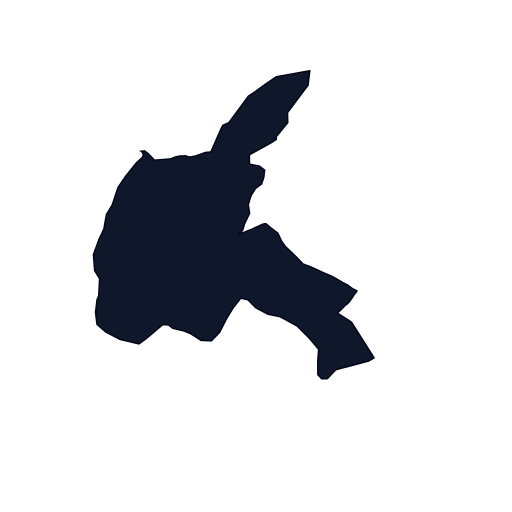 outline of Ejigbo, Osun, Nigeria, rotated 228°
{"feature_id": "59680162B4821538642969", "entity_name": "Ejigbo", "entity_type": "district", "adm_level": 2, "iso_a3": "NGA", "parent_name": "Nigeria", "parent_adm1": "Osun", "projection": "natural_earth1", "projection_center": [4.23, 7.836], "detail": "fine", "context": "isolated", "style": "filled", "palette": "ink", "viewbox_px": 512, "rotation_deg": 228, "n_neighbors": 0, "source": "geoboundaries", "source_scale": "gbopen_adm2", "svg_char_len": 2350}
<svg xmlns="http://www.w3.org/2000/svg" viewBox="0 0 512 512"><g transform="rotate(228 256 256)"><path d="M410.7,240.8L410.0,241.0L406.7,240.2L405.3,237.3L405.3,229.5L402.5,212.4L399.3,199.4L390.1,183.2L386.9,172.6L377.8,160.9L373.4,150.4L365.8,136.1L353.1,126.3L343.8,124.6L342.1,122.9L331.5,112.3L330.0,108.8L321.6,99.1L311.6,92.1L304.8,92.9L300.1,93.5L285.0,99.1L269.0,110.2L268.2,117.6L267.8,126.8L267.4,140.7L263.4,144.8L257.9,145.8L248.7,152.2L241.9,155.5L240.8,155.8L234.9,157.4L230.0,158.7L222.8,166.1L223.6,177.7L225.3,182.2L229.2,192.5L232.8,204.5L234.8,216.5L228.8,220.7L217.6,221.2L206.9,225.1L204.9,225.8L195.4,232.8L194.9,233.2L177.3,239.4L176.6,239.7L163.0,240.4L159.5,240.6L144.7,240.1L136.8,231.8L126.4,222.5L120.7,222.7L117.2,226.9L117.1,227.0L118.1,239.0L117.4,240.5L102.5,269.6L101.3,275.6L142.9,282.7L159.2,278.3L159.2,278.8L159.2,279.6L159.2,280.2L159.1,280.7L159.1,281.2L159.2,281.9L159.2,282.7L159.2,283.6L159.2,284.2L159.4,285.0L159.4,285.8L159.4,286.5L159.4,287.4L159.5,288.1L159.6,289.0L159.6,289.7L159.4,290.9L159.3,291.9L159.4,292.5L159.4,293.3L159.6,294.4L159.6,295.3L160.1,297.0L160.2,297.9L160.4,298.8L160.6,299.7L160.8,300.6L161.2,301.7L161.5,302.6L161.6,303.5L161.8,304.7L161.9,305.8L162.1,306.5L162.6,307.7L167.0,305.9L173.3,304.6L178.8,302.5L186.6,300.1L190.9,298.5L196.2,296.0L198.7,294.8L204.0,292.6L211.3,289.4L218.6,285.6L228.7,285.3L240.8,284.4L242.7,284.2L249.7,284.9L258.3,287.5L267.5,285.8L273.3,285.0L274.2,284.0L274.7,283.1L275.5,281.3L275.8,280.1L276.5,277.8L277.1,276.2L277.4,275.1L277.8,273.8L278.4,271.7L278.6,270.9L279.2,269.5L279.6,268.4L280.1,267.2L280.6,265.8L281.0,264.5L281.6,262.9L282.2,261.6L282.7,260.1L283.4,258.9L283.7,258.0L284.0,256.9L284.0,263.2L287.7,269.3L292.0,279.8L299.3,284.6L302.5,289.8L304.3,293.0L306.5,300.8L305.8,308.3L309.2,314.4L314.0,319.9L320.5,318.7L328.6,312.6L335.6,318.8L329.8,344.1L329.1,349.0L331.1,351.0L333.9,368.9L341.5,375.4L348.1,409.0L357.7,419.9L375.6,391.1L377.4,377.8L378.8,364.4L379.9,357.3L379.8,357.0L373.3,325.1L375.3,318.7L374.0,315.3L363.5,292.0L366.7,287.9L371.0,277.4L372.0,276.0L372.9,274.3L374.2,272.8L375.7,271.6L376.9,271.2L377.5,270.9L378.3,269.7L378.8,269.0L379.7,268.1L380.4,267.6L380.1,267.1L381.2,266.3L383.2,263.1L385.4,257.4L395.1,244.7L404.3,244.4L408.6,243.6L410.7,240.8Z" fill="#0f172a" stroke="#020617" stroke-width="1.5"/></g></svg>